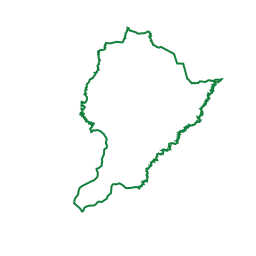 outline of Sap Yai, Chaiyaphum, Thailand, rotated 297°
{"feature_id": "78962969B56602789101546", "entity_name": "Sap Yai", "entity_type": "district", "adm_level": 2, "iso_a3": "THA", "parent_name": "Thailand", "parent_adm1": "Chaiyaphum", "projection": "robinson", "projection_center": [101.638, 15.614], "detail": "fine", "context": "isolated", "style": "outline", "palette": "green", "viewbox_px": 256, "rotation_deg": 297, "n_neighbors": 0, "source": "geoboundaries", "source_scale": "gbopen_adm2", "svg_char_len": 5949}
<svg xmlns="http://www.w3.org/2000/svg" viewBox="0 0 256 256"><g transform="rotate(297 128 128)"><path d="M212.0,188.8L214.0,189.3L213.7,188.7L212.7,188.3L212.1,187.5L212.0,186.2L210.5,183.7L208.3,183.4L208.5,181.9L207.6,180.0L207.5,178.6L206.3,177.4L204.2,176.2L202.2,170.8L199.9,170.1L199.1,168.3L198.3,167.5L197.9,165.8L196.8,164.8L197.8,161.6L198.9,159.5L198.8,158.5L210.4,148.0L207.8,142.5L214.9,135.4L215.2,120.9L214.9,120.2L213.8,119.4L213.6,118.8L213.3,116.6L213.7,113.9L213.3,112.9L214.3,111.6L214.7,111.7L215.7,109.7L216.4,109.4L216.0,108.8L217.7,107.9L218.4,106.7L218.8,106.7L218.9,105.9L219.4,106.1L219.5,105.5L219.8,105.5L220.7,106.5L221.2,105.5L222.0,105.5L221.8,104.9L223.1,103.9L222.9,103.2L223.2,102.1L220.1,99.8L216.5,93.9L216.9,92.1L216.0,86.5L215.5,85.5L216.2,84.0L217.0,83.6L217.3,82.6L217.1,82.1L216.5,82.7L214.2,82.8L213.4,83.3L211.2,82.8L209.9,83.7L208.0,83.6L206.7,84.9L205.7,84.0L202.4,84.5L201.3,83.4L199.9,79.3L199.2,78.2L195.6,74.2L193.6,69.7L192.3,69.8L191.8,70.3L191.3,69.8L190.3,70.3L189.6,70.2L189.4,71.4L187.8,71.6L186.9,71.1L184.3,67.4L182.8,66.7L182.6,67.3L181.9,67.2L182.0,67.9L180.4,67.9L180.2,68.4L179.9,68.0L177.9,69.7L177.5,69.7L175.8,71.2L176.0,71.6L175.6,72.2L173.0,72.2L171.5,73.2L170.0,72.5L169.2,72.7L168.8,73.1L168.5,74.1L167.2,74.2L166.7,75.3L164.6,74.5L163.6,74.9L162.8,74.4L162.1,73.4L161.6,74.5L160.7,74.7L159.6,74.2L156.5,74.0L156.1,73.4L155.1,73.1L154.2,72.0L151.0,72.3L148.1,71.4L145.8,72.7L144.5,72.1L143.5,73.6L142.8,72.9L141.7,72.9L139.9,74.0L139.7,74.9L138.2,74.1L138.1,75.2L136.8,77.4L134.6,78.5L131.8,78.6L130.9,78.1L130.5,77.6L130.7,75.5L130.3,74.8L129.9,74.8L129.2,75.1L128.8,76.1L127.2,76.1L126.4,76.7L126.4,77.1L127.7,78.3L127.0,80.1L124.3,79.8L124.0,77.8L123.4,78.2L123.2,79.2L121.7,79.9L120.7,79.8L120.1,79.0L118.3,79.4L118.3,79.8L120.4,80.5L120.8,81.8L120.4,82.3L119.5,82.2L118.6,82.6L118.5,81.7L117.6,81.9L117.9,84.8L117.2,85.0L116.7,84.7L116.2,85.9L116.9,86.4L116.9,86.9L116.5,87.3L115.6,86.9L115.3,87.7L114.7,88.2L115.6,89.2L115.7,91.1L114.5,91.0L114.2,91.4L115.1,91.9L114.9,92.6L116.1,92.8L115.3,94.5L115.7,95.0L116.4,95.0L116.4,95.5L115.2,95.2L114.7,95.4L114.7,94.8L114.2,94.9L114.0,94.4L112.1,95.4L111.5,94.9L109.9,94.7L108.6,96.7L107.8,97.0L108.4,97.6L109.9,97.8L110.9,99.9L112.1,101.2L112.7,104.5L111.6,109.3L110.5,110.6L109.9,112.3L109.0,113.5L107.9,114.3L105.2,114.9L104.1,115.5L103.5,116.7L101.5,117.8L100.3,117.9L98.5,116.7L97.7,116.7L93.8,118.5L88.2,118.8L86.3,120.4L84.7,120.5L84.3,121.0L82.4,121.6L79.1,120.2L77.4,118.5L76.1,119.4L74.5,121.4L71.4,122.7L70.1,122.9L65.5,121.2L64.7,120.2L55.2,113.3L52.9,112.2L50.5,112.3L46.1,113.7L40.5,112.8L36.4,114.2L34.8,121.1L32.8,125.0L33.6,125.7L37.3,125.4L38.6,126.2L40.8,128.2L43.6,132.9L45.0,133.8L48.5,134.7L49.2,135.5L50.1,138.2L55.7,141.3L57.9,140.7L62.2,142.4L68.6,139.8L70.9,140.1L71.8,141.2L72.2,142.8L74.8,145.5L74.7,148.9L73.5,153.5L75.7,157.4L79.5,162.5L79.3,165.4L80.0,165.2L80.3,165.6L81.1,165.5L81.3,165.0L82.7,166.8L83.0,166.7L83.0,166.1L84.7,166.4L85.1,167.3L86.1,165.4L86.4,165.2L86.5,166.1L87.6,166.2L87.6,167.0L89.0,167.2L88.8,168.1L89.1,169.1L89.9,168.4L90.8,168.7L92.8,167.4L93.3,167.7L93.7,166.9L94.3,166.9L94.5,165.9L96.0,165.7L96.6,166.2L97.1,165.4L98.1,165.0L98.0,163.7L99.1,163.5L99.9,163.8L99.7,163.2L100.0,162.9L100.9,163.5L100.9,164.5L103.0,164.9L103.6,164.6L103.4,165.1L105.1,165.8L105.2,165.2L106.4,165.1L106.9,164.5L107.5,164.8L107.8,164.2L108.4,164.7L110.4,165.2L109.7,165.5L109.8,166.8L110.6,166.2L111.8,166.1L112.6,168.6L114.2,166.6L115.5,166.5L116.1,167.0L116.6,166.3L117.9,165.9L119.1,166.7L119.1,168.8L120.2,169.3L119.9,169.8L120.8,170.9L123.0,170.2L123.7,169.3L123.6,168.8L124.0,169.2L124.4,168.8L125.4,170.0L125.4,170.8L124.6,170.4L125.1,171.0L125.3,172.6L126.7,172.8L126.2,173.5L127.0,173.7L128.2,175.4L129.4,174.2L130.1,174.2L129.5,173.6L129.8,172.8L130.4,172.9L130.9,172.5L131.3,173.1L132.1,172.2L132.7,171.9L133.2,172.9L134.1,173.5L133.9,174.0L134.4,174.1L135.1,175.3L135.0,176.8L135.3,177.6L136.7,178.2L137.2,178.1L137.4,178.6L137.9,177.9L138.4,178.1L138.4,177.3L138.6,177.6L139.1,177.4L139.0,177.9L139.3,178.0L139.7,177.9L139.5,177.4L140.1,177.1L140.2,177.5L141.6,178.0L142.0,177.3L142.1,177.9L142.6,178.0L143.6,177.5L143.8,176.8L144.6,176.9L144.6,176.0L145.3,176.7L145.2,177.0L145.6,176.3L146.1,176.9L146.7,174.9L147.8,176.2L148.4,175.8L148.7,176.3L149.1,176.4L148.8,177.0L149.5,177.4L149.5,178.0L150.2,177.5L151.1,178.1L151.3,178.5L150.5,179.2L150.8,179.7L151.7,179.3L152.5,180.1L152.7,179.6L152.3,179.5L152.8,179.2L153.9,179.8L154.1,178.4L155.1,179.0L155.1,179.6L156.3,179.6L156.4,180.1L155.7,180.1L155.8,181.2L156.7,180.8L157.3,181.5L158.5,180.7L158.6,181.5L158.1,182.3L158.8,182.6L159.5,184.2L160.1,184.3L160.9,185.6L161.5,185.5L162.4,186.1L163.0,185.7L164.0,186.3L164.9,186.3L164.5,186.9L165.0,187.4L165.5,187.1L165.9,187.6L165.9,188.8L166.5,188.8L166.8,189.3L167.3,189.2L166.8,188.8L166.8,188.3L168.6,187.5L168.2,186.8L168.3,186.0L168.7,185.7L169.2,185.9L169.6,185.1L170.2,186.7L172.8,186.6L172.3,186.9L172.9,188.1L173.4,188.3L174.2,188.0L174.1,187.0L174.4,186.6L175.0,187.4L175.6,186.1L176.0,186.3L175.9,187.0L176.5,186.6L177.9,183.8L178.5,184.6L179.7,184.2L180.0,184.9L181.3,184.6L182.3,185.8L182.6,185.7L182.6,185.1L183.7,185.0L183.7,186.0L184.1,186.4L184.7,185.4L185.2,185.7L185.2,186.3L185.6,186.4L186.4,185.2L187.4,185.9L187.2,184.9L188.3,185.1L188.7,185.5L189.1,185.2L189.6,186.2L190.5,186.2L190.2,186.8L190.5,187.0L191.0,186.5L191.7,186.8L192.1,185.8L192.0,185.1L192.8,184.6L193.5,185.0L193.2,184.2L194.2,184.0L194.8,184.5L195.3,184.1L195.3,185.0L197.3,186.9L197.9,186.8L198.4,185.7L198.5,186.4L199.1,186.2L199.7,187.2L200.3,186.9L200.6,186.3L201.7,186.0L200.7,185.0L201.7,185.0L201.8,184.4L203.4,184.3L203.5,185.5L204.5,185.3L204.9,184.3L205.4,185.7L206.2,185.0L206.7,186.0L207.1,185.2L207.8,185.3L208.8,184.7L208.5,185.7L209.1,186.2L209.6,187.5L210.3,187.9L211.1,187.4L211.2,187.8L211.7,187.9L212.0,188.8Z" fill="none" stroke="#15803d" stroke-width="2"/></g></svg>